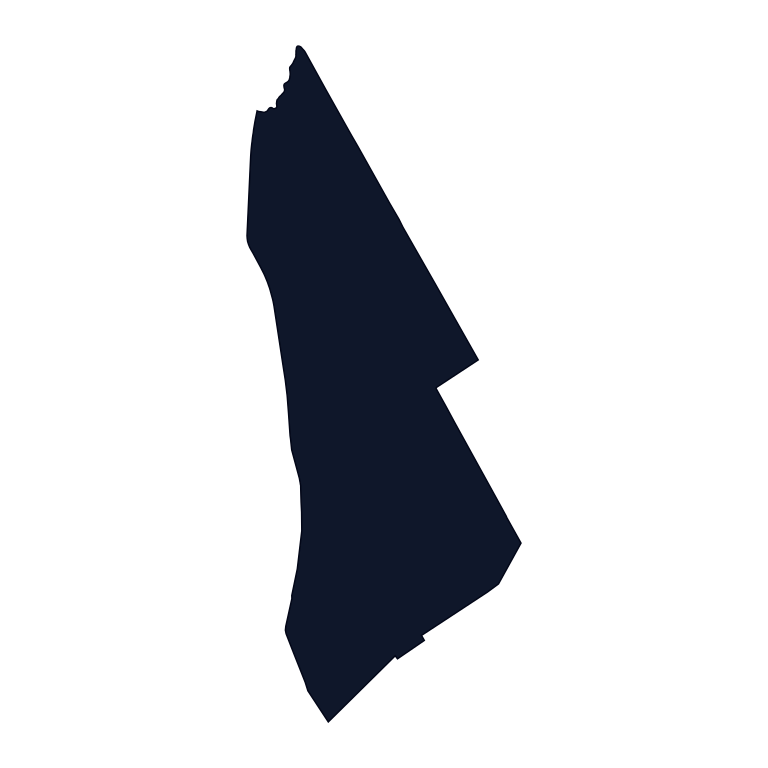 outline of Esteban Echeverría, Buenos Aires, Argentina
{"feature_id": "61730980B71301112531283", "entity_name": "Esteban Echeverría", "entity_type": "district", "adm_level": 2, "iso_a3": "ARG", "parent_name": "Argentina", "parent_adm1": "Buenos Aires", "projection": "equal_earth", "projection_center": [-58.504, -34.825], "detail": "fine", "context": "isolated", "style": "filled", "palette": "ink", "viewbox_px": 768, "rotation_deg": 0, "n_neighbors": 0, "source": "geoboundaries", "source_scale": "gbopen_adm2", "svg_char_len": 2798}
<svg xmlns="http://www.w3.org/2000/svg" viewBox="0 0 768 768"><path d="M257.1,110.9L255.7,117.9L255.1,120.8L254.6,123.7L254.1,126.7L253.6,129.7L253.3,132.6L252.8,135.5L252.6,137.0L252.4,138.5L252.1,141.4L251.7,144.4L251.4,147.3L251.1,150.3L250.9,153.3L250.7,156.2L247.0,235.8L247.1,237.0L247.2,238.5L247.6,241.4L248.5,244.3L249.7,247.3L251.3,250.2L253.0,253.1L260.8,267.6L262.3,270.6L263.8,273.5L265.1,276.4L266.3,279.3L267.5,282.2L268.7,285.7L269.4,287.6L270.1,289.9L270.7,292.1L272.6,299.1L273.1,301.3L273.5,303.3L274.0,306.0L283.1,365.9L285.3,380.1L287.1,395.0L287.3,397.2L288.6,414.1L290.1,435.7L290.6,439.3L291.5,447.9L291.6,449.0L291.8,450.2L299.4,478.4L299.8,480.8L300.2,482.8L300.4,484.2L300.7,485.7L300.7,487.3L301.1,502.0L301.6,512.1L301.8,530.9L297.3,569.0L291.8,595.5L291.9,598.6L285.8,626.3L285.4,630.2L286.1,633.7L294.1,654.2L305.2,682.2L307.9,690.8L328.3,721.9L395.2,655.8L397.5,658.8L424.3,640.4L421.5,635.4L487.4,592.1L498.5,583.9L521.0,543.1L506.6,517.3L506.4,516.5L497.2,499.7L478.3,465.4L454.4,422.0L446.3,407.0L435.9,388.2L436.9,387.1L478.2,359.9L454.9,318.7L435.7,284.7L415.1,248.6L402.8,227.0L399.0,219.3L389.5,203.0L357.7,146.1L351.5,135.4L345.2,124.2L325.7,89.4L305.1,52.0L304.5,51.1L304.1,50.6L303.3,49.7L302.6,49.0L302.2,48.5L301.6,47.8L301.0,47.1L300.4,46.7L299.7,46.4L299.2,46.2L298.5,46.1L297.9,46.1L297.3,46.3L296.9,46.8L296.6,47.4L296.4,48.1L296.3,49.4L296.0,50.8L296.0,51.7L296.0,52.6L296.0,53.4L295.9,54.5L295.9,55.1L296.0,55.9L295.8,56.9L295.6,57.5L295.3,58.4L294.9,59.0L294.6,59.6L294.3,60.2L293.8,61.2L293.5,61.9L293.1,62.8L292.8,63.4L292.4,64.0L291.9,64.6L291.6,65.2L291.1,65.7L290.6,66.2L290.1,66.9L289.8,67.3L289.7,68.2L289.7,69.0L289.8,69.9L289.9,70.8L290.1,71.7L290.1,72.3L290.2,73.1L290.2,73.8L290.2,74.9L290.0,75.9L289.9,76.7L289.9,77.4L289.7,78.1L289.4,79.3L289.1,80.1L288.8,80.6L288.3,81.2L287.8,81.7L287.4,82.0L286.9,82.3L286.4,82.6L285.9,82.9L285.4,83.2L284.7,83.7L284.3,84.1L284.0,84.9L283.9,85.6L284.0,86.5L284.1,87.2L284.2,88.0L284.5,88.7L284.6,89.4L284.6,90.3L284.4,91.0L284.1,91.8L283.7,92.4L283.3,92.8L282.9,93.3L282.3,93.9L281.9,94.3L281.5,94.8L281.1,95.3L280.7,95.7L280.2,96.1L279.7,96.5L279.3,97.0L278.8,97.7L278.6,98.2L278.2,98.7L277.6,99.3L277.2,99.7L277.0,100.4L276.8,101.0L276.7,101.9L276.6,102.7L276.5,103.6L276.6,104.3L276.7,104.9L276.8,105.8L276.9,106.5L276.6,107.2L276.3,107.8L275.9,108.1L275.2,108.4L274.7,108.6L274.0,108.7L273.5,108.7L272.8,108.4L272.3,108.0L271.8,107.7L271.3,107.6L270.7,107.6L270.1,107.7L269.6,108.0L269.1,108.4L268.6,109.0L268.1,109.7L267.8,110.2L267.4,110.8L266.7,111.4L266.2,111.6L265.6,111.9L265.1,112.1L264.6,112.3L264.1,112.3L263.5,112.3L262.9,112.2L262.2,112.0L261.6,111.9L260.9,111.8L259.8,111.6L259.1,111.6L258.5,111.4L257.8,111.2L257.1,110.9Z" fill="#0f172a" stroke="#020617" stroke-width="1.5"/></svg>